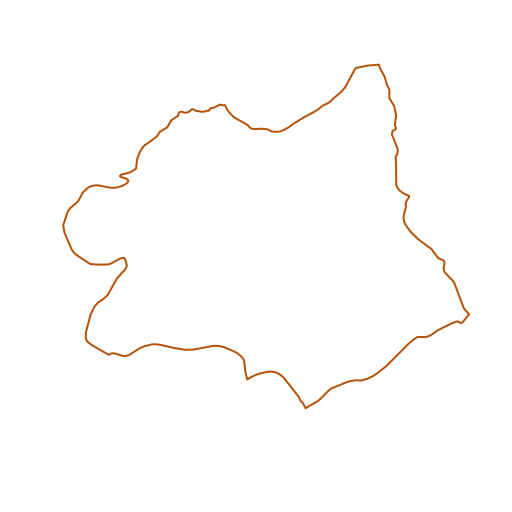 the Province of Hentiy, rotated 73°
{"feature_id": "MNG-3315", "entity_name": "Hentiy", "entity_type": "Province", "adm_level": 1, "iso_a3": "MNG", "parent_name": "Mongolia", "parent_adm1": "", "projection": "mercator", "projection_center": [110.059, 47.757], "detail": "fine", "context": "isolated", "style": "outline", "palette": "amber", "viewbox_px": 512, "rotation_deg": 73, "n_neighbors": 0, "source": "natural_earth", "source_scale": "10m", "svg_char_len": 3566}
<svg xmlns="http://www.w3.org/2000/svg" viewBox="0 0 512 512"><g transform="rotate(73 256 256)"><path d="M109.0,82.4L111.9,82.6L122.5,80.6L130.5,80.7L135.9,79.8L143.5,82.2L145.4,82.0L153.0,80.0L162.4,80.9L164.3,81.6L166.1,82.7L170.2,84.3L171.7,85.0L174.6,84.7L175.5,85.3L175.8,86.0L176.1,88.0L176.4,88.9L177.7,89.6L179.5,90.4L195.4,89.2L199.6,90.9L202.0,93.6L203.1,93.7L209.1,95.2L229.1,101.1L232.4,100.7L235.6,99.4L238.6,97.2L241.3,94.4L242.5,92.8L243.3,92.0L244.1,92.2L247.9,96.5L249.2,97.4L253.5,98.6L260.6,103.0L263.7,104.0L266.9,104.2L270.1,103.9L278.3,101.0L287.6,95.9L300.4,86.3L310.5,82.7L311.9,81.8L314.0,79.0L315.3,77.9L317.2,77.6L318.8,78.2L322.1,80.0L324.0,80.4L325.8,80.4L327.6,80.0L336.1,75.5L339.4,74.3L366.9,72.5L374.1,69.3L374.3,69.7L379.7,77.7L380.1,78.5L380.1,79.0L379.8,79.6L379.1,80.7L378.0,81.9L377.6,82.4L377.3,83.0L377.6,88.1L380.1,103.5L382.8,111.9L383.2,114.9L383.1,117.3L381.4,122.8L380.6,125.3L381.8,129.3L384.7,136.2L399.2,163.2L403.7,174.7L405.0,179.2L406.0,185.4L405.8,192.1L404.0,196.8L403.0,204.4L404.8,223.5L408.6,231.0L409.7,232.6L412.8,239.2L416.0,253.1L410.5,254.1L410.0,254.3L408.1,255.5L407.1,255.9L403.2,256.3L380.3,265.1L376.1,268.0L374.5,269.5L373.2,271.1L372.1,272.7L371.4,274.2L370.8,275.9L370.4,277.7L370.0,279.9L369.6,285.4L369.5,288.8L370.0,293.9L371.4,300.4L362.5,299.9L353.0,298.0L351.6,298.1L350.4,298.3L347.2,299.8L344.0,301.9L341.7,303.9L334.2,312.7L331.6,317.1L330.4,319.9L329.5,323.1L327.1,343.5L325.1,351.0L319.9,361.4L313.0,373.5L311.2,377.4L310.0,381.6L309.7,390.1L310.0,392.4L310.7,396.0L313.0,404.1L313.5,406.4L313.7,408.6L313.4,410.7L312.7,412.4L308.0,419.4L307.2,421.2L306.9,422.6L307.3,425.9L293.1,439.1L288.0,442.7L283.8,442.6L278.8,440.7L263.3,431.1L256.8,424.8L254.4,420.7L252.3,414.2L250.9,411.0L249.5,408.8L237.3,396.1L233.1,389.6L230.9,385.5L228.9,383.3L227.1,382.3L222.8,382.0L219.7,382.4L218.8,383.7L218.8,387.0L220.8,396.9L220.9,399.0L220.6,400.9L217.7,410.8L215.4,416.3L214.8,417.2L203.1,426.9L199.5,429.2L196.3,430.3L177.8,432.3L170.3,431.4L159.3,423.7L157.3,421.7L155.7,419.3L153.2,413.2L151.3,409.7L144.5,402.9L142.1,397.8L141.7,396.9L141.2,395.1L141.1,394.1L141.1,392.0L141.2,390.6L141.6,388.3L142.4,386.1L147.9,375.7L149.2,372.1L149.8,369.3L149.9,367.1L149.8,364.2L149.4,361.0L148.6,358.1L147.6,356.6L146.2,356.2L144.9,356.8L143.6,358.2L141.0,362.1L140.5,362.5L139.8,362.7L139.1,361.9L138.8,361.2L139.2,353.4L139.0,351.2L138.7,349.5L137.3,345.2L128.2,341.1L123.2,337.2L120.7,334.8L118.3,331.6L117.3,329.6L116.1,325.3L113.0,316.7L112.1,315.1L109.7,312.5L109.0,311.2L107.4,305.0L107.3,303.8L106.9,303.1L102.2,298.2L101.6,297.4L100.8,295.2L99.3,290.3L98.9,289.4L98.2,288.9L97.2,288.4L96.4,287.7L96.0,286.4L96.5,284.5L97.6,283.0L98.5,281.2L98.6,278.5L98.2,277.2L97.3,275.7L97.1,274.3L97.3,273.2L98.0,272.5L98.7,272.0L99.4,271.3L102.1,266.0L102.7,264.1L102.8,262.9L102.8,260.4L102.9,259.9L103.3,258.8L102.8,257.9L102.0,257.1L101.6,256.1L101.8,252.6L101.6,251.1L100.7,246.6L101.1,245.3L102.4,243.1L102.7,241.6L107.7,240.7L111.3,239.4L113.0,238.6L116.2,236.8L117.5,235.9L120.7,233.0L125.2,228.5L127.9,226.2L129.0,225.4L131.7,224.1L132.3,223.6L133.3,222.3L134.4,219.8L135.6,214.5L137.2,210.0L138.8,207.2L140.1,205.9L141.1,205.1L142.4,202.6L143.6,198.9L143.9,196.1L143.7,193.3L142.4,186.7L140.3,181.3L139.3,176.7L137.5,170.2L134.9,157.0L133.8,153.3L132.2,149.5L131.7,147.9L130.8,142.2L130.2,140.3L127.5,135.0L124.3,127.3L121.5,122.5L118.6,119.2L114.1,114.8L112.7,113.2L111.1,111.8L109.6,110.1L107.7,108.4L105.4,105.4L106.5,93.8L109.0,82.4Z" fill="none" stroke="#b45309" stroke-width="2"/></g></svg>